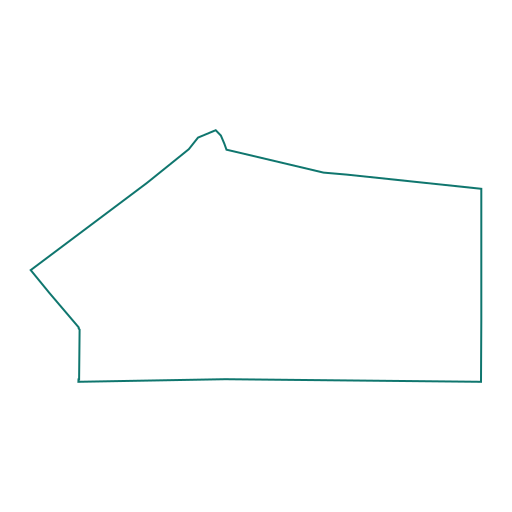 outline of Amourj, Hodh ech Chargui, Mauritania
{"feature_id": "47542326B9245180339851", "entity_name": "Amourj", "entity_type": "district", "adm_level": 2, "iso_a3": "MRT", "parent_name": "Mauritania", "parent_adm1": "Hodh ech Chargui", "projection": "equal_earth", "projection_center": [-7.235, 15.827], "detail": "fine", "context": "isolated", "style": "outline", "palette": "teal", "viewbox_px": 512, "rotation_deg": 0, "n_neighbors": 0, "source": "geoboundaries", "source_scale": "gbopen_adm2", "svg_char_len": 419}
<svg xmlns="http://www.w3.org/2000/svg" viewBox="0 0 512 512"><path d="M323.5,172.6L232.6,151.1L226.5,149.7L224.3,143.6L220.9,135.6L215.7,130.2L198.0,137.6L188.8,149.2L159.4,172.9L149.1,181.2L146.7,183.1L30.7,270.1L49.5,293.1L78.7,327.4L78.7,328.5L79.6,329.6L79.1,379.4L78.5,379.4L78.4,381.8L225.3,379.2L481.0,381.8L481.3,319.9L481.3,188.8L346.7,174.6L323.5,172.6Z" fill="none" stroke="#0f766e" stroke-width="2"/></svg>